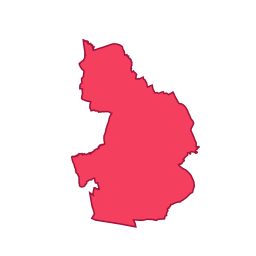 the district of Chamni, Buri Ram, Thailand, rotated 72°
{"feature_id": "78962969B38996553014175", "entity_name": "Chamni", "entity_type": "district", "adm_level": 2, "iso_a3": "THA", "parent_name": "Thailand", "parent_adm1": "Buri Ram", "projection": "albers", "projection_center": [102.795, 14.787], "detail": "fine", "context": "isolated", "style": "filled", "palette": "rose", "viewbox_px": 256, "rotation_deg": 72, "n_neighbors": 0, "source": "geoboundaries", "source_scale": "gbopen_adm2", "svg_char_len": 5787}
<svg xmlns="http://www.w3.org/2000/svg" viewBox="0 0 256 256"><g transform="rotate(72 128 128)"><path d="M209.2,86.6L205.8,84.4L204.4,83.3L203.9,83.0L199.9,82.1L198.5,82.1L193.6,82.6L192.4,82.8L190.2,83.6L187.0,85.3L185.9,86.0L183.6,88.2L181.8,89.6L178.9,91.3L178.7,91.4L178.0,89.9L178.1,89.7L178.6,89.5L178.7,89.3L178.4,87.9L178.3,87.6L177.4,86.8L176.5,84.7L176.2,84.5L175.8,84.5L175.5,85.1L175.2,85.2L174.6,84.9L174.1,83.7L172.9,81.7L172.3,79.8L171.9,79.5L170.7,79.3L170.1,78.7L170.1,78.3L170.2,78.0L171.8,77.1L172.0,76.8L172.0,76.6L171.8,76.4L170.4,76.3L170.1,75.8L170.1,75.3L171.0,73.0L171.9,72.1L173.0,71.4L173.1,71.2L172.8,70.6L172.8,69.9L172.6,69.7L172.4,69.6L171.7,70.2L171.5,70.7L171.3,70.9L170.9,70.9L170.4,70.7L169.7,70.1L169.5,68.9L168.8,68.0L168.2,66.4L167.6,66.3L167.4,66.7L167.4,68.3L167.1,68.9L166.7,69.0L166.2,68.7L164.7,68.3L164.2,68.0L162.9,67.7L161.2,68.1L155.5,68.3L150.7,68.9L149.7,68.9L149.1,68.8L147.8,67.8L144.6,64.7L144.0,64.2L143.6,64.1L141.7,64.1L139.2,65.1L138.1,65.3L136.0,65.5L134.8,65.5L132.4,66.0L129.6,66.0L127.4,66.5L125.2,67.2L123.2,68.3L121.8,69.5L121.4,70.1L120.8,71.5L120.2,72.0L112.3,73.6L107.8,74.0L107.7,74.4L108.3,76.2L108.4,77.8L108.6,78.2L108.8,79.1L106.8,80.5L106.3,83.1L104.4,83.4L104.3,84.6L104.6,87.4L104.1,88.8L103.3,89.5L103.1,91.3L101.7,91.8L98.7,92.2L97.8,92.2L94.7,91.7L94.7,92.6L95.2,96.7L93.7,96.8L92.0,96.5L90.9,96.4L87.2,97.1L86.7,98.0L84.3,97.9L84.9,102.2L84.3,102.7L84.5,103.2L84.0,104.8L83.6,105.4L82.9,105.3L82.2,104.6L80.9,104.3L79.9,103.3L78.5,103.7L76.4,105.0L75.5,105.1L75.9,107.0L74.5,107.2L72.5,106.8L72.5,106.4L71.8,106.5L70.9,105.9L70.3,105.8L69.7,105.1L69.1,104.9L68.7,105.0L68.6,104.8L67.3,104.2L66.4,104.0L65.8,104.4L65.5,104.4L64.8,104.3L64.3,104.0L63.3,104.6L62.8,104.6L62.8,105.0L62.6,105.1L62.2,105.0L61.6,105.6L60.9,105.7L60.0,105.3L59.9,105.9L59.5,105.9L59.5,106.4L57.9,106.4L57.7,108.6L54.1,107.9L51.9,108.5L49.2,108.3L48.5,108.6L46.9,109.7L45.0,112.3L44.0,114.3L43.3,116.9L43.5,127.1L43.4,131.9L43.6,136.6L43.2,136.9L42.8,136.7L42.4,137.0L42.0,137.0L41.9,136.9L42.0,136.6L41.8,136.6L41.4,136.4L41.4,136.1L40.9,135.6L40.7,135.7L40.7,136.1L40.4,136.1L40.3,136.3L40.0,135.7L39.8,136.3L39.6,136.4L39.3,136.1L38.7,136.3L38.7,136.6L38.3,136.4L38.1,137.1L37.9,137.0L37.8,136.7L37.6,136.7L37.4,137.0L37.1,137.0L36.7,137.3L36.6,137.6L36.0,137.8L36.2,138.1L36.0,138.3L36.2,139.1L35.5,139.2L35.1,140.1L34.9,140.1L34.8,139.4L34.3,139.5L33.6,139.2L33.4,139.3L32.5,140.2L32.5,140.5L32.8,140.7L32.5,140.8L32.4,141.4L32.2,141.4L32.1,141.6L31.8,141.8L31.8,142.1L31.3,142.3L31.1,142.7L30.7,142.8L30.3,143.4L43.9,145.8L44.1,146.3L44.3,146.3L45.7,146.0L45.8,146.7L47.7,147.3L49.3,148.8L49.8,149.5L50.0,149.5L50.2,150.7L50.9,152.4L51.1,153.3L51.4,153.3L51.8,154.5L52.6,154.6L55.6,154.3L56.1,154.0L57.6,153.8L59.5,152.5L60.2,152.3L60.7,152.5L63.0,153.4L64.2,154.2L65.4,154.5L66.5,156.8L68.9,157.5L70.7,157.8L71.2,158.1L71.2,158.7L71.7,159.7L72.5,160.4L73.0,160.7L75.8,161.7L76.7,159.4L78.0,159.9L81.7,160.8L83.0,161.8L85.6,163.0L86.8,162.2L88.7,160.1L90.0,158.1L91.6,155.3L93.0,156.3L94.9,157.3L96.9,158.0L100.2,157.8L100.5,156.0L100.3,155.0L100.8,154.2L101.6,154.0L102.1,152.3L102.6,151.5L103.0,151.1L103.6,151.2L103.8,151.1L103.9,150.1L104.4,149.0L104.6,146.8L105.2,146.0L105.3,144.5L105.7,143.7L106.2,142.0L106.6,141.4L107.2,140.7L107.8,140.1L108.7,139.6L109.0,139.0L111.9,142.1L116.5,144.9L119.6,147.4L122.4,149.3L125.6,151.1L128.1,153.2L130.5,154.1L133.2,154.7L135.4,154.9L135.5,155.1L136.0,155.3L136.1,155.7L135.9,156.5L136.3,157.5L135.8,157.9L135.6,157.9L135.5,158.3L135.9,158.9L135.6,159.5L135.6,160.0L135.8,160.3L136.3,160.4L136.3,160.9L136.4,161.7L137.0,162.0L137.2,162.3L137.6,162.3L137.6,161.8L137.7,161.6L138.0,161.6L138.3,161.9L138.5,163.9L138.2,164.5L138.7,166.3L138.6,166.7L139.5,167.5L139.5,168.0L140.0,168.9L139.8,169.5L140.1,170.0L140.1,170.5L140.9,171.0L141.1,171.5L140.8,171.9L140.2,171.7L139.7,171.9L139.9,172.3L139.7,172.7L140.2,172.9L140.4,173.8L140.1,174.5L140.2,175.8L140.4,176.0L139.4,177.2L138.9,177.5L138.9,177.9L139.5,178.6L139.7,179.1L139.2,179.2L138.8,179.5L138.2,179.5L138.0,180.0L138.2,180.7L137.9,181.1L137.4,182.7L137.4,182.9L138.0,183.1L137.9,183.8L138.4,184.2L138.4,184.5L138.2,185.2L138.9,185.1L139.1,185.2L138.6,185.8L138.6,186.4L138.3,187.0L138.4,187.3L138.8,187.6L138.8,188.0L138.4,188.3L137.8,189.4L137.9,190.2L138.3,190.5L141.4,190.9L144.2,190.8L146.1,190.5L148.0,190.8L151.2,190.5L151.9,190.9L152.6,190.8L153.5,191.1L154.8,191.0L156.0,190.2L158.4,190.0L159.1,189.8L159.7,189.8L165.2,191.5L166.9,191.6L167.4,191.9L168.4,191.7L168.8,191.5L169.5,190.8L169.8,190.2L170.0,188.0L169.5,186.9L168.6,186.0L168.1,184.7L167.6,184.3L166.4,184.0L166.2,183.8L166.2,183.0L165.6,181.4L165.4,181.1L165.7,179.8L165.9,179.6L166.0,179.2L165.9,178.7L165.2,177.0L165.3,176.2L165.6,175.3L166.7,175.7L170.0,175.9L170.6,175.3L170.6,174.0L173.5,174.0L177.3,174.3L177.2,175.2L176.5,175.2L176.2,177.1L175.2,177.2L174.3,178.6L178.9,181.3L179.4,181.5L181.2,181.7L180.5,182.4L177.7,184.4L191.8,186.4L193.3,186.2L199.2,186.4L202.7,190.4L205.0,187.9L205.6,187.1L217.3,164.2L224.5,151.1L220.8,150.7L217.2,151.2L218.0,148.4L219.2,146.0L220.1,143.2L220.4,141.6L220.6,138.8L220.8,137.6L221.3,136.6L222.4,133.4L224.6,129.6L224.6,128.9L224.3,128.6L224.1,127.2L225.7,121.6L225.2,120.9L224.2,120.7L223.5,120.3L223.1,119.3L223.2,118.5L223.0,118.2L222.6,118.1L222.0,118.2L220.5,117.3L220.1,116.9L219.9,116.5L219.3,116.1L218.9,115.6L218.1,115.5L217.3,115.8L216.8,115.1L216.7,114.2L216.9,113.9L216.6,113.7L216.2,113.7L215.8,113.1L215.8,112.5L215.5,112.3L215.3,111.8L214.8,111.5L214.6,111.2L214.3,111.3L214.3,111.0L214.0,110.9L214.3,109.2L213.9,107.5L213.8,104.9L213.8,103.9L214.4,100.9L213.8,100.2L213.6,98.6L213.2,97.2L212.0,93.7L209.8,89.5L209.3,87.7L209.2,86.6Z" fill="#f43f5e" stroke="#9f1239" stroke-width="1.5"/></g></svg>